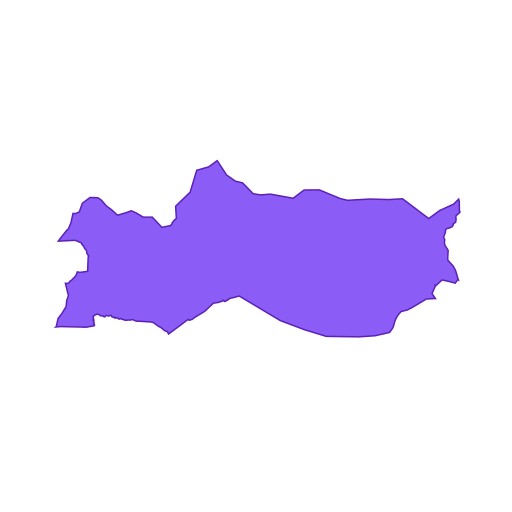 the district of Bulgan, Hovd, Mongolia, rotated 259°
{"feature_id": "93677404B6267126121439", "entity_name": "Bulgan", "entity_type": "district", "adm_level": 2, "iso_a3": "MNG", "parent_name": "Mongolia", "parent_adm1": "Hovd", "projection": "mercator", "projection_center": [91.063, 45.925], "detail": "fine", "context": "isolated", "style": "filled", "palette": "violet", "viewbox_px": 512, "rotation_deg": 259, "n_neighbors": 0, "source": "geoboundaries", "source_scale": "gbopen_adm2", "svg_char_len": 5025}
<svg xmlns="http://www.w3.org/2000/svg" viewBox="0 0 512 512"><g transform="rotate(259 256 256)"><path d="M224.5,46.1L224.0,50.6L223.7,52.1L221.1,64.0L219.6,71.0L219.4,71.7L218.5,75.8L218.4,81.0L218.4,84.0L218.5,84.1L218.8,84.3L219.0,84.3L219.2,84.2L219.8,84.0L219.9,83.8L220.0,83.9L220.3,84.0L220.5,84.1L220.8,84.1L221.1,84.0L221.3,84.1L221.5,84.2L221.5,84.3L222.0,84.1L222.3,84.2L222.5,84.1L222.8,84.1L223.1,84.2L223.3,84.2L223.5,84.1L223.6,84.3L223.8,84.3L223.9,84.5L224.0,84.4L224.0,84.5L224.3,84.6L224.5,84.6L224.9,84.5L225.0,84.5L225.1,84.4L225.5,84.4L225.6,84.5L225.9,84.6L226.0,84.6L226.3,84.6L226.6,84.5L226.9,84.6L227.1,84.5L227.3,84.6L227.5,84.5L227.8,84.7L228.0,85.0L228.3,85.4L228.4,85.8L228.6,86.1L228.7,86.5L228.9,87.5L229.2,87.9L229.1,88.2L229.1,88.6L229.1,88.8L229.2,89.1L229.3,89.4L229.1,89.9L228.7,90.1L228.1,91.1L227.7,91.6L227.3,91.6L227.1,91.8L226.9,92.4L226.4,93.9L226.3,94.4L226.3,94.5L225.4,95.1L225.2,95.6L225.1,96.0L225.8,96.8L226.3,97.7L225.3,99.5L225.2,100.9L225.4,101.7L225.6,102.0L225.3,102.3L225.1,102.6L224.6,102.8L224.2,102.8L223.8,103.0L223.6,103.2L223.4,103.6L223.3,103.9L223.3,104.2L222.9,104.5L222.9,104.8L222.7,104.9L222.6,105.0L222.3,105.2L222.3,105.3L222.3,105.6L222.2,105.6L222.2,105.9L222.2,106.0L222.4,106.1L222.2,106.3L221.9,106.4L221.9,106.7L221.9,106.8L222.0,107.3L221.9,107.5L221.7,107.7L221.7,107.8L221.6,108.2L221.6,108.3L221.3,108.5L221.2,108.5L220.9,108.9L220.5,109.1L220.5,109.3L220.2,109.6L220.2,109.9L220.2,110.0L220.1,110.4L220.1,110.5L220.4,110.8L220.4,111.0L220.4,111.3L220.4,111.5L220.3,111.8L220.1,111.9L219.8,112.0L219.6,112.1L219.5,112.3L219.4,112.6L219.4,112.8L219.3,113.0L219.2,113.1L219.0,113.6L218.9,113.9L218.6,114.3L218.4,114.3L218.4,114.7L218.4,114.8L218.3,115.0L218.1,115.3L217.9,115.4L217.7,115.7L217.7,116.1L217.7,116.7L217.6,117.2L217.5,118.8L217.3,119.2L217.2,120.0L217.1,120.8L217.1,121.0L217.2,122.5L214.9,126.0L214.3,128.7L211.2,140.6L210.7,141.5L210.4,142.4L210.1,142.7L205.9,146.5L204.5,148.2L204.2,148.6L203.8,149.0L203.5,149.4L203.1,149.7L201.0,151.4L200.1,152.1L198.6,154.7L196.9,155.0L196.6,155.1L196.1,155.3L201.0,165.5L201.9,167.4L204.7,173.1L204.9,173.5L206.7,177.3L206.2,177.6L205.7,178.2L205.9,180.6L206.0,181.2L207.5,184.4L211.4,195.0L213.2,197.9L214.0,199.1L217.8,205.1L217.6,210.3L217.7,211.3L218.2,212.0L218.0,212.3L218.0,212.7L218.0,213.0L218.0,213.3L218.0,213.5L217.9,213.6L218.0,214.0L218.4,214.4L218.6,214.8L218.8,215.3L218.6,215.4L218.6,215.6L218.4,216.0L218.1,216.1L217.8,216.1L217.4,216.2L217.4,216.3L217.3,217.0L217.4,217.4L217.5,217.6L217.6,217.9L217.7,218.0L217.8,218.1L218.0,218.4L217.9,218.6L217.9,218.8L218.0,219.0L218.1,219.3L218.1,219.6L218.2,219.8L218.3,219.9L218.4,220.0L218.5,220.6L218.8,220.6L218.8,221.0L218.9,221.4L219.1,221.7L219.2,221.9L219.3,222.1L219.4,222.3L219.4,222.6L219.5,222.9L219.4,224.5L219.9,231.9L204.2,249.4L187.9,267.6L174.3,289.7L163.7,309.6L157.0,341.6L155.0,357.7L155.5,372.6L158.9,376.2L160.8,377.5L163.0,378.6L163.6,378.9L165.3,379.8L166.6,380.6L169.1,382.5L169.9,383.2L171.9,385.3L173.8,387.9L174.1,394.1L175.6,399.3L180.7,413.5L181.3,415.0L180.0,424.0L185.6,421.6L186.2,422.1L191.8,426.0L192.7,426.3L192.8,426.3L192.7,426.4L192.7,426.7L192.6,426.9L192.6,427.0L197.0,434.1L194.0,441.0L191.3,446.4L194.3,449.5L193.8,450.1L203.8,449.1L208.4,447.7L215.3,443.5L217.8,443.9L224.9,445.7L230.5,443.5L231.6,443.5L233.1,443.5L236.1,444.4L238.6,443.7L243.0,446.4L245.6,447.2L246.5,448.3L246.6,451.2L247.2,453.8L248.7,455.6L249.8,455.6L251.1,458.4L254.0,459.5L256.0,459.5L257.4,460.2L259.5,463.8L260.4,464.7L261.6,464.3L270.4,465.9L273.2,465.8L272.5,464.8L269.2,459.9L265.6,444.9L259.8,432.7L284.2,410.8L286.1,397.0L290.2,378.6L293.2,356.5L296.3,349.7L308.8,330.8L311.6,315.8L305.6,303.5L314.0,281.9L315.1,272.2L317.7,265.1L330.3,256.8L333.4,250.0L341.1,242.6L357.0,236.1L352.5,226.4L351.5,214.2L331.3,203.6L320.2,186.6L308.2,185.0L307.4,184.0L307.2,183.5L306.8,182.8L306.4,182.1L306.1,181.7L305.6,181.5L305.3,181.1L305.0,180.5L304.4,179.9L303.7,179.7L303.2,179.2L302.9,178.7L302.5,178.3L302.2,178.0L302.1,169.1L313.9,161.6L315.7,152.7L321.4,146.3L324.2,142.2L323.3,136.7L322.5,127.8L328.9,123.1L333.5,118.8L340.3,114.9L343.2,112.1L344.1,108.9L345.1,104.2L340.9,95.6L333.1,91.0L332.1,87.3L332.7,84.5L323.8,80.6L318.4,77.0L317.4,75.2L310.6,67.2L308.3,64.8L305.9,81.5L302.1,87.2L301.8,87.3L301.6,87.3L301.3,87.2L300.9,87.2L299.9,87.8L299.7,88.0L298.8,88.5L298.1,88.7L297.6,88.9L297.1,88.9L296.8,89.0L296.3,89.3L295.3,89.6L295.2,89.8L294.8,90.2L294.0,90.4L293.4,90.5L292.7,90.6L292.2,90.6L291.2,90.5L290.6,90.7L290.1,90.8L289.7,90.8L289.4,90.9L289.2,91.1L288.9,91.4L288.7,91.6L288.2,91.6L287.8,91.7L287.6,91.6L287.5,91.3L287.2,91.1L273.1,87.8L273.3,83.1L273.6,79.8L274.5,77.5L272.9,76.6L272.2,76.1L271.6,75.9L270.2,74.2L269.6,73.4L268.9,72.3L267.6,70.6L267.3,70.0L267.0,69.2L266.8,68.6L266.6,68.4L266.2,68.0L265.9,67.8L265.4,67.0L265.1,66.1L265.1,65.4L265.6,63.7L252.8,64.3L248.5,61.7L242.7,60.0L236.7,54.6L232.6,49.9L224.6,46.3L224.5,46.1Z" fill="#8b5cf6" stroke="#5b21b6" stroke-width="1.5"/></g></svg>